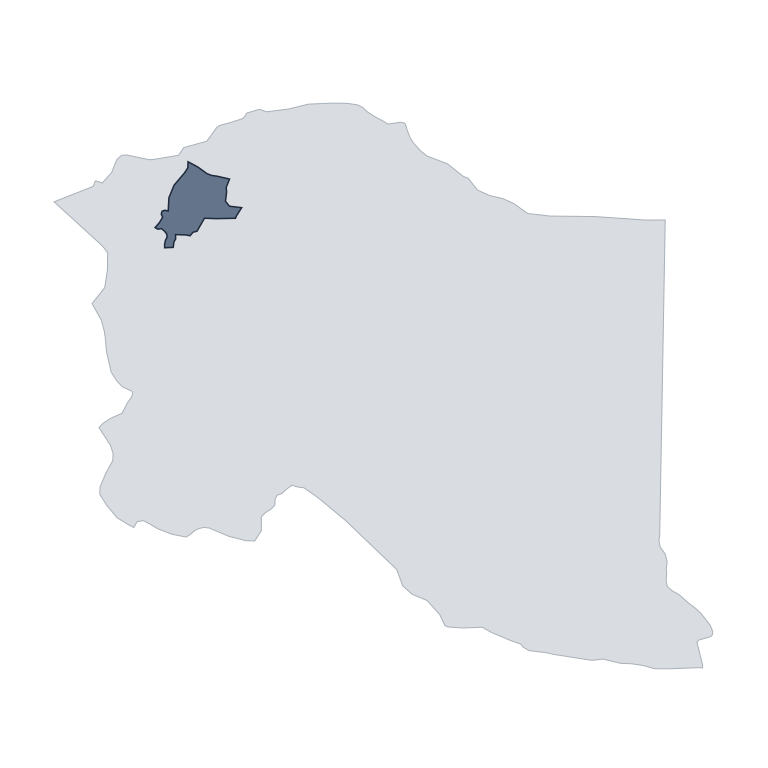 Kotido on a map of Uganda (Robinson projection), rotated 271°
{"feature_id": "UGA-3123", "entity_name": "Kotido", "entity_type": "County", "adm_level": 1, "iso_a3": "UGA", "parent_name": "Uganda", "parent_adm1": "", "projection": "robinson", "projection_center": [33.884, 2.985], "detail": "fine", "context": "in_parent", "style": "filled", "palette": "slate", "viewbox_px": 768, "rotation_deg": 271, "n_neighbors": 0, "source": "natural_earth", "source_scale": "10m", "svg_char_len": 2912}
<svg xmlns="http://www.w3.org/2000/svg" viewBox="0 0 768 768"><g transform="rotate(271 384 384)"><path d="M552.9,662.3L541.6,662.3L523.2,662.3L504.8,662.3L486.4,662.3L468.1,662.3L449.7,662.3L431.3,662.3L412.9,662.3L394.5,662.3L376.2,662.3L357.8,662.3L339.4,662.3L321.0,662.3L302.7,662.3L284.3,662.3L265.9,662.3L247.5,662.3L236.6,662.3L234.5,662.0L233.0,661.5L226.0,662.9L218.9,668.1L211.2,670.2L203.1,669.4L202.0,669.9L197.9,669.8L191.9,669.5L186.6,670.8L182.5,675.3L178.3,683.0L170.7,691.8L164.9,699.7L159.9,705.2L148.4,714.4L142.1,717.1L139.0,716.7L137.1,715.0L133.5,703.2L131.3,701.4L109.0,707.4L105.6,707.5L105.9,703.8L104.3,676.3L104.0,659.4L106.9,648.9L108.6,636.7L108.8,625.9L112.8,607.7L111.3,596.7L116.6,558.3L118.0,552.0L120.0,533.5L123.3,527.8L126.2,525.5L130.1,514.1L137.4,495.9L142.5,486.6L141.4,466.1L142.2,452.2L143.4,449.1L154.2,443.9L168.2,431.0L174.2,415.9L182.5,406.2L198.7,400.0L198.8,399.9L246.8,348.0L269.2,320.0L278.9,305.6L279.3,300.5L281.1,293.7L277.2,288.4L272.6,283.7L271.0,279.2L267.0,277.0L261.3,277.1L257.5,273.9L253.2,267.6L248.9,263.6L235.3,264.0L224.8,257.5L224.9,248.8L229.0,231.5L237.0,211.7L237.4,206.2L236.3,201.6L234.4,197.6L230.8,193.6L227.5,188.9L230.1,174.6L235.1,160.7L239.2,153.7L243.2,145.9L242.1,139.5L236.2,136.3L239.3,130.1L245.6,119.5L257.9,108.9L268.7,101.8L275.9,101.8L289.9,107.4L302.5,114.1L309.5,114.4L317.9,111.6L335.4,99.8L339.6,103.6L344.7,110.8L350.2,122.6L361.2,128.1L366.5,131.8L370.3,132.9L372.4,132.0L376.6,122.6L381.6,117.5L390.9,111.1L411.5,106.0L426.2,104.4L432.4,103.3L442.8,100.3L459.3,90.7L475.5,103.1L493.1,105.5L510.1,105.4L515.3,101.6L518.3,98.7L536.2,78.4L560.4,50.9L576.5,89.7L582.0,91.9L581.3,95.3L579.9,98.6L590.5,107.9L603.4,112.8L608.1,117.6L608.5,122.8L604.1,145.5L604.9,151.9L609.1,174.6L616.9,179.7L623.7,202.6L637.6,212.3L639.6,215.1L642.8,226.1L647.0,238.3L650.4,241.1L652.4,241.8L656.5,254.7L654.1,261.9L657.3,283.9L662.5,303.5L663.9,327.0L664.0,337.3L663.8,343.7L662.6,352.6L660.2,357.8L655.7,362.8L650.8,370.7L646.6,379.1L643.9,383.3L646.0,396.0L645.4,399.3L644.3,400.9L638.0,402.8L630.0,406.2L625.1,409.6L618.2,416.0L612.7,423.0L605.3,443.5L593.1,459.4L591.1,464.6L579.5,474.1L574.4,485.9L571.2,500.2L566.7,510.5L557.0,524.6L554.8,547.0L555.1,591.6L552.5,642.4L552.9,662.3Z" fill="#d9dde1" stroke="#a8b0b8" stroke-width="1"/><path d="M516.9,170.9L516.4,162.3L520.2,162.2L523.9,163.0L526.9,164.5L529.9,164.3L533.0,161.9L535.5,158.7L534.8,155.4L535.5,153.9L536.4,152.4L541.7,156.8L546.9,159.8L549.9,158.3L552.9,159.1L553.9,161.7L553.2,165.2L566.6,165.7L579.2,170.7L591.5,180.8L596.8,184.1L602.8,184.2L597.6,194.2L591.2,203.4L589.5,208.1L588.9,213.3L586.2,226.0L577.8,222.8L573.3,223.3L564.0,222.3L559.1,226.3L557.8,238.6L549.6,233.6L547.1,232.6L546.4,213.4L546.6,201.6L533.5,194.4L532.4,190.4L528.8,187.5L529.6,183.5L529.7,172.9L525.4,173.2L522.4,171.5L516.9,170.9Z" fill="#64748b" stroke="#1e293b" stroke-width="1.5"/></g></svg>